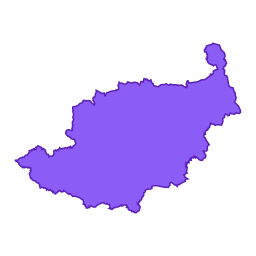 Tumbiscatío, Michoacán, Mexico
{"feature_id": "50627088B697962436466", "entity_name": "Tumbiscatío", "entity_type": "district", "adm_level": 2, "iso_a3": "MEX", "parent_name": "Mexico", "parent_adm1": "Michoacán", "projection": "orthographic", "projection_center": [-102.522, 18.584], "detail": "fine", "context": "isolated", "style": "filled", "palette": "violet", "viewbox_px": 256, "rotation_deg": 0, "n_neighbors": 0, "source": "geoboundaries", "source_scale": "gbopen_adm2", "svg_char_len": 5790}
<svg xmlns="http://www.w3.org/2000/svg" viewBox="0 0 256 256"><path d="M236.1,97.4L235.1,95.0L235.3,92.9L234.2,91.9L233.1,87.9L230.3,87.2L228.8,85.6L227.2,76.7L226.5,75.8L224.9,75.4L224.2,73.7L224.6,72.7L224.3,71.7L224.8,70.9L224.6,70.1L222.9,68.9L223.9,67.8L223.6,67.0L225.6,65.6L225.4,65.0L226.6,63.3L226.0,61.5L225.1,60.8L225.5,59.9L223.7,59.4L224.9,56.9L225.1,54.8L224.0,52.4L221.2,49.9L219.5,45.2L212.8,43.3L211.4,44.6L207.6,45.5L206.4,46.2L205.4,49.1L204.5,49.4L204.4,50.5L204.9,52.1L205.9,52.0L207.4,54.2L207.0,54.5L207.4,54.8L206.9,57.4L207.5,57.9L207.0,58.5L207.1,59.5L206.5,59.3L207.5,60.8L207.6,61.9L209.2,63.7L212.7,65.1L213.3,65.9L215.0,64.7L216.1,65.1L217.7,69.4L214.0,70.4L213.2,71.5L213.2,73.3L212.6,74.3L211.7,74.2L211.5,75.0L210.5,74.3L210.5,75.3L204.9,79.6L201.1,80.0L198.0,81.7L189.0,83.1L188.3,80.9L187.4,80.8L186.4,83.1L186.6,84.0L186.2,84.6L186.8,85.0L187.2,86.2L186.8,86.3L186.5,87.5L185.8,87.5L185.2,86.7L184.2,86.9L182.5,85.4L181.2,84.9L179.9,85.6L178.8,85.1L176.8,85.2L176.3,84.7L173.2,84.9L170.3,84.1L169.1,85.4L166.2,83.8L164.6,84.5L161.0,84.7L157.9,86.9L153.6,85.4L153.1,83.6L152.3,83.2L151.5,82.0L151.4,81.1L151.0,81.1L150.8,79.8L149.0,81.1L147.6,79.7L147.2,80.1L146.6,79.9L146.6,79.1L145.7,79.3L144.2,78.6L143.7,79.1L143.8,80.2L143.3,81.0L143.5,81.8L141.0,81.5L139.6,85.0L138.2,84.0L137.7,82.9L134.4,82.2L131.8,83.1L127.7,81.9L127.2,82.8L125.1,84.4L122.0,83.1L120.4,83.3L119.2,82.2L119.1,83.8L118.5,84.2L118.0,85.8L118.9,88.2L117.9,89.7L117.1,89.7L116.6,90.4L115.7,90.1L114.5,90.8L111.3,91.2L106.4,93.0L105.4,95.8L104.6,95.5L104.2,93.1L101.0,93.2L100.6,92.6L96.2,90.3L96.3,92.3L95.4,93.8L95.2,96.2L94.7,97.1L93.3,97.3L93.0,98.5L93.4,98.9L92.9,100.1L94.7,103.2L94.4,105.0L91.6,102.8L90.5,101.1L88.2,100.5L86.4,100.9L84.1,100.3L83.3,100.4L82.0,102.9L80.0,103.4L77.5,105.8L72.8,107.0L72.7,109.5L73.4,110.1L72.7,111.7L73.3,112.7L73.6,114.9L72.8,117.4L73.7,119.0L72.2,123.0L72.9,124.7L72.3,125.7L72.6,127.2L71.9,128.3L72.5,130.2L71.8,130.6L68.8,129.7L66.7,130.2L65.6,132.9L66.4,134.8L67.7,135.7L67.9,136.4L69.4,136.7L71.3,138.7L73.6,139.4L74.0,139.1L74.9,140.2L74.9,141.4L75.9,143.3L75.1,144.7L73.1,146.1L72.5,147.7L71.7,147.8L70.6,146.3L70.1,146.6L70.5,147.5L70.1,148.1L69.3,147.3L68.3,147.2L67.5,147.5L67.3,148.4L65.2,147.7L64.1,148.4L62.5,148.3L61.5,149.1L60.3,148.6L59.7,147.7L58.3,150.2L57.3,149.8L56.4,150.8L55.5,150.0L53.8,150.9L54.0,154.2L52.6,156.1L50.0,156.2L49.1,156.9L48.5,154.5L46.4,154.0L45.7,151.5L45.1,151.0L45.4,150.1L43.4,148.6L42.2,149.6L41.8,147.7L37.9,145.8L36.5,147.3L35.8,147.4L36.2,148.3L35.9,149.4L34.5,149.6L34.3,148.6L33.2,148.9L32.9,149.8L31.7,149.7L31.7,150.5L29.3,150.6L29.7,152.0L28.9,152.3L28.7,153.4L26.9,155.1L26.0,155.1L23.8,157.3L22.9,157.1L19.3,158.5L17.8,160.1L15.4,160.2L15.4,160.8L18.7,162.7L19.0,164.4L22.8,167.8L23.8,166.8L24.4,167.7L26.8,167.0L27.7,167.9L29.2,167.3L29.5,168.0L30.8,167.9L31.0,170.4L30.2,170.7L30.8,171.9L29.3,173.6L30.4,176.9L30.3,177.7L33.0,180.3L35.4,181.2L36.5,182.5L37.3,182.5L39.8,184.6L39.5,185.4L40.2,188.0L42.1,187.2L43.7,188.2L45.0,187.8L45.7,188.5L46.3,188.5L46.6,190.1L47.6,189.4L48.9,190.5L50.3,189.6L51.2,190.9L52.0,191.3L52.7,191.1L52.8,192.3L53.6,191.8L54.3,193.5L55.6,193.9L56.2,192.9L57.1,192.8L57.6,191.8L58.7,191.4L58.9,190.4L59.7,190.4L60.5,191.3L61.6,191.4L61.5,191.9L63.2,191.6L63.8,190.4L68.8,194.4L70.2,193.6L72.6,196.4L75.2,196.2L80.1,197.9L81.8,199.5L83.0,199.7L83.6,202.4L83.2,204.1L84.4,204.1L84.7,205.1L85.2,205.0L85.4,206.2L86.0,206.4L86.2,207.7L86.7,207.4L87.1,208.1L88.7,207.5L89.0,206.7L89.4,207.1L89.4,206.3L90.1,206.5L90.7,205.7L93.3,207.0L95.7,207.0L96.2,205.9L98.0,204.8L100.6,203.4L103.5,202.7L105.2,203.8L106.6,204.1L107.5,203.7L109.0,204.9L109.6,204.8L110.2,207.8L109.1,208.3L111.3,209.3L111.8,208.8L112.4,209.2L114.2,207.5L115.5,207.7L116.7,206.8L118.0,207.0L120.3,205.8L122.1,205.9L121.6,205.2L123.1,205.4L124.7,204.6L126.3,205.6L126.7,205.3L127.4,206.4L126.6,207.4L127.5,207.4L128.1,207.9L128.1,208.9L129.1,210.1L131.4,210.5L131.7,211.6L132.8,211.3L133.2,211.9L134.2,211.7L134.5,212.6L136.0,212.7L139.2,210.4L140.2,206.8L138.9,204.8L138.1,204.9L137.3,203.3L138.5,203.4L138.4,202.5L139.8,201.8L139.5,200.9L140.0,200.2L140.7,200.4L141.7,199.2L141.8,197.3L142.9,196.8L143.7,195.3L143.9,192.6L145.1,192.0L145.2,190.8L146.2,189.6L151.6,188.7L152.1,187.8L151.7,186.4L152.3,185.9L157.4,185.7L162.8,187.0L168.2,187.4L170.0,185.0L169.6,183.7L171.0,182.1L175.0,185.1L176.3,185.1L177.2,186.4L178.0,184.4L179.0,184.7L183.2,182.1L185.0,181.6L185.3,181.3L184.9,180.2L186.3,179.1L187.7,178.9L184.8,176.9L184.6,175.6L183.2,174.5L184.7,174.8L185.7,173.5L187.2,173.1L186.2,171.3L187.0,170.0L186.8,169.1L187.3,167.4L186.9,166.7L186.4,167.2L185.8,167.0L186.0,165.8L185.6,166.0L185.4,165.5L186.4,165.3L186.1,164.2L187.1,163.9L186.1,162.7L187.7,162.7L188.1,162.0L189.1,162.6L189.1,161.8L188.5,161.3L189.5,160.1L190.6,160.2L190.4,159.2L191.2,159.8L191.1,159.0L190.6,159.0L191.6,158.1L191.5,157.6L192.2,157.8L193.0,157.2L193.2,157.7L193.7,157.3L194.1,157.8L194.7,157.3L194.6,156.7L195.6,157.8L195.9,156.8L196.3,156.8L199.1,159.5L200.4,160.3L202.1,160.3L202.6,160.2L203.0,159.1L204.1,158.1L205.2,157.9L205.7,156.8L205.8,155.2L204.4,153.0L204.5,152.4L203.2,151.2L206.7,150.9L207.4,149.5L207.1,146.5L209.2,144.7L205.7,139.5L205.6,138.4L204.1,137.1L203.8,135.4L204.4,134.7L204.0,133.6L205.3,134.1L205.0,132.8L205.7,130.8L207.2,130.2L207.1,129.5L207.8,129.6L208.1,128.3L208.6,128.5L208.9,127.6L209.6,127.3L209.8,125.5L210.5,124.9L210.4,123.2L211.0,123.3L211.2,124.1L213.5,124.0L215.1,125.4L216.7,124.6L221.5,125.1L222.8,122.0L222.9,118.2L224.6,117.3L224.6,115.2L225.3,114.3L226.3,114.2L227.9,115.8L229.4,115.3L229.9,113.3L234.5,114.3L236.0,112.9L239.2,113.5L240.6,112.3L240.4,110.5L238.6,106.3L234.5,102.0L235.6,100.1L236.1,97.4Z" fill="#8b5cf6" stroke="#5b21b6" stroke-width="1.5"/></svg>